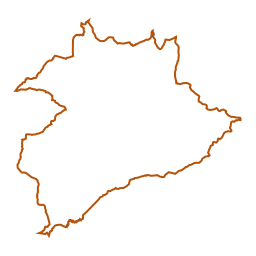 Chiconcuautla, Puebla, Mexico (orthographic projection)
{"feature_id": "50627088B56968228277870", "entity_name": "Chiconcuautla", "entity_type": "district", "adm_level": 2, "iso_a3": "MEX", "parent_name": "Mexico", "parent_adm1": "Puebla", "projection": "orthographic", "projection_center": [-97.965, 20.086], "detail": "fine", "context": "isolated", "style": "outline", "palette": "amber", "viewbox_px": 256, "rotation_deg": 0, "n_neighbors": 0, "source": "geoboundaries", "source_scale": "gbopen_adm2", "svg_char_len": 5644}
<svg xmlns="http://www.w3.org/2000/svg" viewBox="0 0 256 256"><path d="M240.6,120.0L240.4,118.2L239.9,117.7L235.8,117.5L234.0,116.9L231.9,116.9L230.3,116.5L228.1,115.1L226.2,112.9L225.8,112.2L226.2,111.5L225.9,110.9L223.7,109.8L223.1,109.6L221.6,109.9L219.7,111.2L218.6,110.7L217.4,108.8L216.6,108.1L214.0,109.3L211.6,109.9L209.5,109.9L207.9,109.5L206.4,108.2L206.9,106.8L206.7,105.6L206.0,104.8L205.3,104.5L202.5,104.1L200.8,102.5L198.7,101.4L198.7,98.9L199.3,96.4L198.4,95.5L195.4,93.5L193.2,91.4L191.4,90.1L190.5,88.3L189.8,87.6L190.0,86.6L190.5,85.8L190.5,85.0L190.0,84.5L188.1,83.4L186.4,83.0L183.6,83.1L180.1,84.1L178.6,83.7L177.5,83.7L176.4,83.4L176.6,82.3L176.1,82.0L176.2,80.8L175.8,80.0L175.0,76.1L175.1,73.0L174.9,72.4L175.8,69.5L175.7,67.3L177.5,62.3L177.6,61.3L178.3,60.6L178.8,55.2L178.7,53.6L178.4,52.6L178.7,47.4L178.5,46.8L178.2,45.9L175.8,43.4L175.3,42.6L175.3,41.1L176.0,38.1L176.0,36.8L174.5,37.6L173.9,38.2L169.5,40.0L165.5,39.6L165.0,41.6L163.6,45.0L162.7,46.2L161.7,48.2L160.5,49.1L159.8,49.1L157.8,47.5L154.9,42.5L155.2,40.0L155.0,39.4L152.9,36.6L153.8,34.7L153.6,33.2L152.8,32.0L152.8,30.7L152.1,31.2L151.6,32.4L151.5,33.0L151.9,34.5L151.4,35.2L151.3,36.8L150.2,38.4L148.8,39.5L147.6,39.8L146.6,39.6L143.6,41.1L140.7,42.0L138.9,42.9L138.0,43.5L135.7,44.3L135.7,44.8L135.4,45.0L134.7,45.0L133.1,45.9L131.9,44.5L131.4,44.9L130.3,43.7L129.7,42.4L129.4,42.3L124.0,43.5L122.3,43.5L119.2,43.1L117.7,43.6L115.1,41.1L114.5,40.8L113.5,39.1L113.1,37.6L110.4,37.3L108.5,37.4L105.3,40.4L104.2,40.9L101.7,41.2L99.7,40.8L96.0,37.8L95.4,36.5L95.1,35.2L92.9,31.8L92.7,29.1L92.4,28.0L91.2,26.2L90.6,25.6L89.0,23.1L88.1,22.3L88.8,20.3L85.9,22.4L85.9,23.2L85.4,24.3L83.1,24.4L82.2,23.6L81.5,23.2L81.2,25.6L81.2,26.2L83.9,28.3L83.6,29.2L83.8,31.0L84.3,31.9L84.2,32.4L83.2,33.6L83.1,34.0L83.5,34.8L83.0,35.2L82.4,35.4L80.2,34.7L79.5,35.3L78.2,34.7L77.3,35.0L76.4,34.9L74.2,36.8L73.4,38.3L73.0,40.6L72.9,43.1L72.8,52.5L73.1,56.0L69.4,57.4L66.7,57.9L66.1,58.8L55.6,55.8L54.8,55.9L53.3,58.0L52.9,58.3L52.7,59.2L51.8,60.2L51.3,60.5L49.6,60.5L47.4,61.7L45.6,63.7L45.2,64.4L43.7,65.9L43.0,68.2L41.5,70.0L40.3,72.3L38.8,72.9L36.9,75.5L37.1,75.8L36.2,77.6L35.9,77.9L33.5,78.0L33.3,78.4L31.3,79.1L29.3,78.7L28.0,78.1L27.6,78.6L26.6,78.4L26.2,79.4L25.6,79.5L25.2,81.4L24.9,82.2L24.3,82.5L23.2,82.4L22.8,82.6L22.4,83.0L22.1,84.1L20.4,84.9L17.7,87.6L17.1,88.7L15.4,90.8L17.6,90.9L19.5,89.9L21.1,89.4L26.1,89.7L28.9,88.3L30.1,88.0L31.2,88.7L33.0,88.9L34.1,89.4L35.7,89.5L36.3,90.1L37.4,90.1L38.2,89.6L40.0,89.6L41.0,90.0L43.0,90.2L44.6,91.0L45.5,91.1L45.6,91.9L45.9,92.4L47.3,92.5L47.9,92.3L49.5,93.4L52.3,95.8L52.1,96.6L52.5,98.2L52.1,100.1L54.4,100.5L55.0,100.8L55.2,101.9L55.6,102.4L58.2,103.7L58.9,104.9L60.3,105.6L64.5,106.8L65.9,109.4L65.7,109.7L64.2,110.1L62.0,111.6L61.3,112.5L60.4,113.1L59.2,113.3L58.5,113.9L56.7,114.6L55.5,116.3L55.2,117.1L55.0,119.8L53.3,121.0L51.8,120.9L51.2,121.3L51.0,122.3L51.0,123.5L51.5,124.3L48.1,125.6L48.0,126.4L47.6,126.8L46.5,127.1L45.3,128.0L42.9,131.7L39.4,133.2L37.7,133.8L36.8,133.8L35.1,134.5L33.2,134.5L31.9,134.9L30.3,134.4L26.6,134.3L26.1,134.7L25.9,135.7L25.8,138.7L23.9,139.5L23.0,139.4L22.1,139.8L22.5,140.6L22.0,143.2L22.3,145.4L21.9,146.6L22.5,148.1L22.7,149.0L22.0,149.6L21.8,150.0L22.1,150.8L20.5,153.9L20.5,156.3L20.8,156.7L20.8,157.3L20.4,158.6L19.4,160.2L18.6,162.9L17.5,164.6L17.7,167.9L20.9,171.7L22.1,172.6L24.5,172.5L26.2,173.1L31.5,177.2L36.1,179.0L37.6,180.5L37.5,181.3L38.7,183.9L38.6,185.6L37.9,186.9L37.9,192.7L37.4,193.3L37.1,195.3L37.4,196.0L37.0,196.4L37.0,196.8L37.7,199.1L37.5,202.8L38.3,204.3L39.9,204.9L42.8,204.8L44.0,205.2L44.8,206.0L45.1,208.2L46.0,210.8L45.6,211.9L46.6,213.6L47.6,216.0L49.4,222.8L49.6,224.5L48.2,225.7L47.6,226.9L45.3,226.7L44.2,230.0L41.5,232.1L39.1,233.1L45.6,234.0L46.4,233.0L47.2,232.7L48.9,235.7L50.1,231.5L50.7,231.5L51.0,231.3L51.1,230.8L52.0,230.5L52.2,229.4L52.0,228.9L53.3,227.9L53.4,227.4L54.1,226.9L54.8,225.8L56.3,225.1L59.9,224.7L61.2,224.9L63.1,226.1L65.2,226.7L65.5,227.1L66.0,226.9L66.7,227.1L66.8,226.6L67.2,226.4L66.9,225.4L67.3,224.8L68.2,225.1L68.5,224.7L68.5,223.8L68.1,223.5L68.2,222.0L69.2,221.4L69.1,220.6L69.3,220.1L70.0,219.8L71.3,220.3L71.2,221.2L72.2,222.2L72.8,221.8L72.5,221.3L72.9,220.8L73.3,221.5L74.4,221.7L74.6,222.6L75.1,222.4L75.4,221.6L76.4,222.3L77.4,221.3L77.3,221.0L78.2,220.9L78.4,220.1L79.3,219.8L79.6,220.1L79.9,219.1L81.1,220.2L81.6,219.4L82.8,218.9L83.0,218.4L82.9,215.3L87.1,211.4L98.7,199.4L99.8,197.5L102.3,196.5L103.0,195.7L103.3,195.1L104.7,195.0L106.8,193.7L107.4,193.0L107.7,191.6L108.3,191.0L110.0,191.2L113.0,189.5L114.5,189.1L115.6,188.0L117.1,188.9L118.6,188.9L119.8,188.2L123.2,187.9L123.3,188.0L124.4,187.5L126.8,186.1L129.2,183.9L129.1,182.9L129.8,181.0L129.7,180.6L130.2,179.9L130.7,179.7L134.1,178.8L134.4,178.2L138.7,177.5L139.8,176.9L143.1,176.1L145.5,175.3L146.0,175.8L147.4,175.0L151.6,175.8L157.5,175.2L159.4,176.4L162.1,177.1L164.2,176.9L165.3,174.8L168.8,172.2L175.2,173.8L177.0,172.5L178.8,170.9L181.6,170.3L184.6,168.1L185.6,167.1L186.7,166.9L187.9,166.2L189.2,165.1L191.2,164.8L194.1,163.1L196.8,162.7L198.7,162.9L199.5,162.6L201.6,160.6L202.3,158.8L203.0,158.2L205.4,156.7L208.0,156.1L208.6,156.3L209.6,155.3L208.1,152.7L209.2,149.4L210.1,147.8L210.7,145.8L212.9,144.9L212.8,142.5L213.8,142.0L216.2,142.6L217.8,140.8L217.9,139.4L218.2,138.6L218.9,138.6L220.0,139.1L221.3,138.2L222.8,135.9L224.0,133.2L225.0,132.4L225.8,131.9L227.9,131.2L229.8,131.5L230.8,131.5L231.3,131.2L231.5,130.5L229.9,128.0L230.6,126.2L231.0,123.2L231.4,122.0L232.8,121.3L233.8,121.8L234.2,121.7L236.1,120.2L236.9,120.5L238.7,119.7L240.4,120.2L240.6,120.0Z" fill="none" stroke="#b45309" stroke-width="2"/></svg>